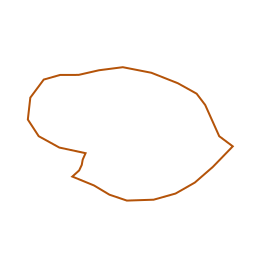 Saint Helena, Equal Earth projection, rotated 65°
{"feature_id": "SHN-4864", "entity_name": "Saint Helena", "entity_type": "state/province", "adm_level": 1, "iso_a3": "SHN", "parent_name": "Saint Helena", "parent_adm1": "", "projection": "equal_earth", "projection_center": [-5.718, -15.959], "detail": "fine", "context": "isolated", "style": "outline", "palette": "amber", "viewbox_px": 256, "rotation_deg": 65, "n_neighbors": 0, "source": "natural_earth", "source_scale": "10m", "svg_char_len": 483}
<svg xmlns="http://www.w3.org/2000/svg" viewBox="0 0 256 256"><g transform="rotate(65 128 128)"><path d="M125.9,51.3L139.8,48.3L174.0,48.8L188.9,40.8L199.1,67.5L205.7,90.5L207.5,112.6L203.8,135.1L193.3,159.7L180.6,173.0L165.7,183.1L148.5,199.0L145.8,190.2L141.9,185.5L137.5,182.4L132.9,177.1L116.7,198.5L97.7,212.4L78.0,215.2L59.2,203.7L48.5,183.9L51.2,167.2L59.0,150.3L63.4,129.9L70.7,107.0L87.8,83.5L108.5,63.9L125.9,51.3Z" fill="none" stroke="#b45309" stroke-width="2"/></g></svg>